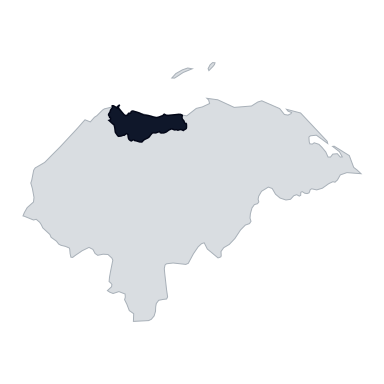 Atlántida highlighted on a map of Honduras
{"feature_id": "HND-637", "entity_name": "Atlántida", "entity_type": "Department", "adm_level": 1, "iso_a3": "HND", "parent_name": "Honduras", "parent_adm1": "", "projection": "equal_earth", "projection_center": [-87.125, 15.681], "detail": "fine", "context": "in_parent", "style": "filled", "palette": "ink", "viewbox_px": 384, "rotation_deg": 0, "n_neighbors": 0, "source": "natural_earth", "source_scale": "10m", "svg_char_len": 4561}
<svg xmlns="http://www.w3.org/2000/svg" viewBox="0 0 384 384"><path d="M361.0,173.7L346.9,172.6L340.3,174.9L337.5,179.9L335.0,182.2L332.9,181.7L328.7,183.7L322.4,188.2L316.7,189.9L311.6,188.8L310.1,189.9L309.7,191.4L309.0,192.9L307.0,193.6L304.7,193.2L302.2,191.6L300.8,192.3L300.7,195.3L299.3,196.1L296.7,194.7L293.8,195.7L290.5,199.3L285.9,200.0L280.0,198.0L275.5,194.2L272.2,188.5L268.3,187.1L261.5,191.3L258.7,196.2L258.1,199.2L258.8,201.9L257.5,203.7L254.4,204.6L252.0,207.9L250.4,213.7L250.0,218.1L251.0,221.3L249.5,223.6L245.3,225.1L240.5,230.0L234.9,238.5L229.3,244.4L223.7,247.7L221.0,251.5L221.2,255.6L220.9,256.8L219.8,257.3L218.0,257.9L207.3,249.0L204.2,242.8L201.5,243.7L198.1,246.9L193.4,253.8L188.3,263.3L185.8,264.4L173.1,263.0L166.4,263.8L165.0,265.1L164.3,268.6L164.7,273.2L166.6,290.0L167.6,296.9L166.6,299.0L163.2,299.4L158.7,300.3L156.3,303.5L155.7,306.7L155.5,311.3L154.1,316.0L151.3,319.3L148.6,320.6L133.4,321.4L133.7,313.7L129.3,310.6L126.8,304.1L124.6,299.7L125.3,297.1L125.1,294.0L118.9,291.6L113.1,293.5L109.8,292.2L107.4,290.6L111.6,286.7L111.9,284.4L110.5,282.7L109.1,281.6L109.5,277.3L110.4,272.2L112.8,260.2L111.9,258.1L108.0,254.5L103.1,254.2L97.7,255.3L95.1,253.5L92.9,249.4L89.0,247.4L82.2,250.7L75.0,255.6L72.7,257.4L70.9,257.2L70.1,253.5L69.7,249.1L69.3,248.0L65.5,246.4L61.0,245.3L58.7,244.1L56.5,241.2L51.1,237.3L49.9,234.5L42.8,227.9L41.3,224.7L39.7,222.3L36.2,219.3L33.5,220.0L24.4,216.3L23.0,215.9L24.3,212.7L27.2,207.6L33.5,202.0L34.0,197.4L32.4,188.6L30.8,183.0L31.7,180.4L33.7,170.2L35.2,167.9L44.2,162.7L45.1,162.0L52.2,154.8L60.2,146.8L68.4,138.0L77.6,128.1L82.7,122.3L85.0,119.8L90.3,121.9L94.5,117.2L96.9,115.7L102.5,110.1L104.3,108.9L113.7,106.6L118.2,106.6L122.2,112.3L125.3,115.4L131.3,112.7L136.3,112.1L156.8,117.4L165.0,115.1L180.0,114.6L186.7,115.9L196.3,108.4L202.4,106.9L209.6,103.5L208.6,99.9L206.9,98.3L217.8,99.8L234.2,107.4L251.5,106.0L257.8,102.0L261.8,100.8L279.7,108.6L284.4,114.5L288.0,115.1L290.9,113.7L291.6,112.5L288.1,111.2L286.5,109.3L300.6,113.0L327.1,141.2L327.7,143.5L316.4,135.2L310.4,135.8L308.9,137.1L309.2,141.7L309.8,143.8L312.3,144.1L314.2,142.8L318.9,144.3L322.0,147.4L325.8,152.0L328.0,157.0L330.5,157.1L332.8,154.1L337.3,153.7L340.3,157.1L342.3,156.9L339.4,151.7L332.6,146.4L334.2,146.2L349.3,155.6L353.7,167.4L357.2,170.1L361.0,173.7ZM183.3,72.4L174.6,78.1L171.8,78.0L175.8,73.6L182.3,69.9L187.7,68.0L192.2,68.8L183.3,72.4ZM213.0,66.4L208.9,70.6L208.1,68.7L210.1,64.8L212.6,62.6L215.0,62.8L214.5,64.5L213.0,66.4Z" fill="#d9dde1" stroke="#a8b0b8" stroke-width="1"/><path d="M112.2,105.8L112.6,105.7L113.5,105.8L114.4,106.3L116.9,108.1L117.8,108.3L117.8,107.8L117.2,107.1L117.8,106.3L119.7,104.8L118.6,106.6L118.3,107.8L118.7,108.3L119.0,108.8L124.1,114.8L125.7,115.7L127.5,115.2L127.8,114.8L128.3,113.6L128.6,113.3L129.1,113.2L130.5,113.3L130.8,113.0L131.1,111.8L132.0,111.1L133.0,111.0L138.6,112.7L143.5,114.9L148.6,115.6L154.4,117.3L156.3,117.6L158.4,117.3L161.7,116.0L162.7,115.8L162.8,115.6L163.7,114.6L163.9,114.5L164.2,114.2L164.9,114.5L165.6,115.0L165.8,115.2L168.1,115.5L178.7,114.3L180.6,114.4L182.2,115.2L182.3,115.3L182.3,115.9L182.0,116.0L181.9,116.0L181.9,116.5L182.0,116.8L182.0,117.3L182.1,118.3L182.3,118.9L182.6,119.4L183.4,120.3L183.9,120.9L184.5,122.7L184.7,123.1L185.2,123.3L185.5,123.5L186.1,123.5L186.2,123.8L186.4,124.0L186.5,125.7L186.5,127.3L186.3,128.3L185.7,129.0L184.5,129.6L183.3,130.5L182.1,129.9L180.6,129.5L179.2,129.8L178.8,129.9L178.5,130.0L178.0,130.2L177.5,130.1L177.0,129.8L176.4,129.7L174.4,129.9L172.5,129.1L171.6,128.9L170.9,129.1L169.8,129.6L168.6,130.2L166.4,131.9L165.0,132.5L163.8,132.9L162.1,132.9L161.3,133.0L160.3,132.7L159.6,131.5L155.8,132.9L153.3,132.8L152.3,133.0L150.2,135.4L149.4,136.7L148.8,137.2L147.9,137.9L144.3,139.6L142.7,141.1L142.1,141.7L141.9,142.0L139.6,141.9L135.8,140.7L135.2,140.7L134.7,140.6L134.2,140.1L133.6,139.8L133.2,139.8L132.8,139.9L132.5,140.2L132.2,140.3L131.9,140.6L131.6,140.8L131.4,140.9L131.0,140.8L130.7,140.7L129.9,140.2L129.5,139.8L129.1,139.5L128.7,138.8L128.4,138.0L128.1,136.2L128.0,135.2L128.0,134.5L127.0,133.7L126.5,133.6L126.2,133.8L124.1,135.3L123.3,135.2L121.1,136.0L118.6,136.3L117.8,135.8L115.6,132.7L115.4,132.3L115.3,131.9L115.0,129.6L114.9,128.5L114.4,126.0L113.9,124.6L112.9,124.0L109.0,120.4L109.8,120.2L110.3,119.8L110.6,119.1L110.6,118.2L110.4,117.6L110.1,117.2L109.6,117.3L109.4,116.4L108.6,115.1L108.6,114.4L108.9,113.7L109.7,112.6L110.1,111.8L110.6,110.1L111.0,109.4L111.6,108.7L112.1,108.2L112.4,107.6L112.2,105.8Z" fill="#0f172a" stroke="#020617" stroke-width="1.5"/></svg>